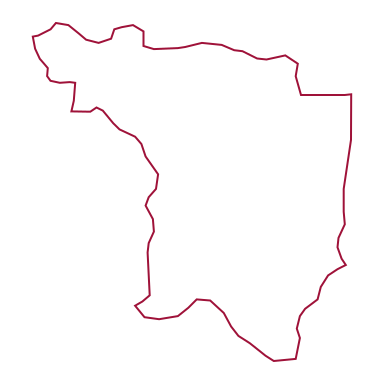 Yeoju, Gyeonggi, South Korea
{"feature_id": "91817680B81929081090334", "entity_name": "Yeoju", "entity_type": "district", "adm_level": 2, "iso_a3": "KOR", "parent_name": "South Korea", "parent_adm1": "Gyeonggi", "projection": "mercator", "projection_center": [127.578, 37.276], "detail": "fine", "context": "isolated", "style": "outline", "palette": "rose", "viewbox_px": 384, "rotation_deg": 0, "n_neighbors": 0, "source": "geoboundaries", "source_scale": "gbopen_adm2", "svg_char_len": 1146}
<svg xmlns="http://www.w3.org/2000/svg" viewBox="0 0 384 384"><path d="M32.8,36.6L35.1,48.7L39.8,58.8L43.8,63.4L47.8,68.1L47.1,76.1L50.5,80.8L59.8,82.8L69.8,82.1L75.2,82.8L73.8,100.8L71.4,111.4L90.3,111.7L96.5,107.5L102.8,110.6L113.2,123.2L119.5,129.4L135.1,136.7L141.4,144.0L145.6,156.5L158.1,174.3L156.0,188.9L148.7,197.2L145.6,205.6L152.9,219.1L153.9,231.6L148.7,243.1L147.6,252.5L149.7,295.3L142.4,301.5L135.1,305.7L144.5,317.2L159.1,319.2L177.9,316.1L188.3,307.8L196.7,299.4L210.2,300.5L223.8,313.0L231.1,326.5L238.4,335.9L249.8,343.2L265.5,355.7L273.8,361.0L295.7,358.9L299.9,338.0L296.8,328.6L299.9,316.1L305.1,308.8L317.6,299.4L320.8,286.9L328.1,275.4L337.5,269.2L341.2,267.3L345.8,265.0L341.6,258.7L337.5,247.3L338.5,237.9L344.8,224.3L343.7,211.8L343.7,188.9L351.0,139.9L351.2,94.3L344.8,95.0L301.0,95.0L295.7,76.2L297.8,63.7L285.3,55.4L266.5,59.5L257.1,58.5L242.5,51.2L234.2,50.2L221.7,44.9L201.9,42.9L185.2,47.0L177.9,48.1L153.9,49.1L143.5,46.0L143.5,31.4L133.0,25.1L121.6,27.2L114.3,29.3L111.1,38.7L98.6,42.9L86.1,39.7L78.8,33.5L68.4,25.1L55.9,23.0L50.6,29.3L38.1,35.6L32.8,36.6Z" fill="none" stroke="#9f1239" stroke-width="2"/></svg>